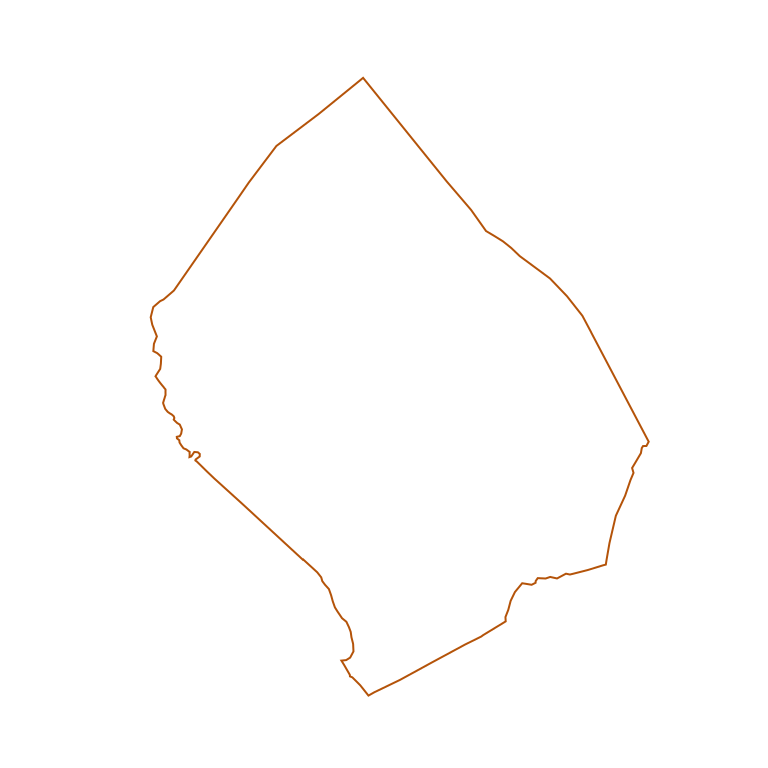 outline of Basundah, Gedarif, Sudan, rotated 58°
{"feature_id": "16777658B35788536409023", "entity_name": "Basundah", "entity_type": "district", "adm_level": 2, "iso_a3": "SDN", "parent_name": "Sudan", "parent_adm1": "Gedarif", "projection": "orthographic", "projection_center": [35.854, 12.928], "detail": "fine", "context": "isolated", "style": "outline", "palette": "amber", "viewbox_px": 768, "rotation_deg": 58, "n_neighbors": 0, "source": "geoboundaries", "source_scale": "gbopen_adm2", "svg_char_len": 2325}
<svg xmlns="http://www.w3.org/2000/svg" viewBox="0 0 768 768"><g transform="rotate(58 384 384)"><path d="M293.0,582.2L295.4,581.2L296.5,580.6L297.5,580.1L300.0,579.4L301.7,579.8L302.8,581.2L304.2,580.9L307.4,580.1L310.2,578.7L313.0,579.1L315.4,579.4L318.6,582.3L320.0,584.8L319.0,587.7L320.4,588.4L323.2,587.4L325.3,588.4L328.5,588.4L332.3,588.1L334.8,586.3L338.7,584.8L339.7,585.6L341.5,586.6L342.9,587.7L343.3,585.9L341.1,580.9L343.3,578.0L345.7,577.3L347.8,578.7L348.2,583.8L348.9,584.5L350.6,583.8L364.4,580.5L374.2,578.0L411.2,567.5L437.9,560.2L490.1,545.9L490.0,545.5L508.3,540.4L514.7,539.7L518.5,540.8L523.1,540.4L528.7,539.4L535.1,540.8L541.1,542.6L547.4,544.0L552.3,544.0L560.4,543.7L565.7,541.9L571.7,542.6L576.6,543.6L581.5,545.8L587.1,547.6L588.2,548.0L594.6,551.6L598.1,557.7L598.1,562.4L596.0,566.7L600.9,566.7L612.5,567.1L613.9,567.8L616.0,566.3L622.9,564.7L626.9,563.8L640.0,562.3L640.3,555.5L643.4,527.3L645.5,491.3L647.9,453.4L649.7,435.3L649.5,433.0L649.8,406.6L646.0,404.5L641.4,398.3L635.0,391.5L629.8,383.2L626.2,372.4L628.7,369.5L632.5,365.2L632.9,360.8L631.5,359.8L630.1,356.5L634.6,350.0L635.7,345.3L640.6,340.3L641.3,330.2L644.1,327.3L645.2,324.0L648.3,314.3L649.7,309.9L653.9,294.1L654.7,291.6L650.9,288.3L638.4,277.1L618.6,257.2L606.5,238.7L596.1,225.9L591.6,219.5L586.7,218.1L584.0,212.8L578.8,202.8L574.9,199.3L573.9,197.2L575.6,194.3L573.2,190.1L450.3,181.0L449.8,180.9L431.3,179.6L406.5,182.3L382.5,187.3L347.5,201.1L336.1,204.0L326.1,207.5L316.7,212.1L308.4,216.4L282.5,217.9L245.3,223.5L113.3,239.5L120.4,296.3L125.1,349.1L141.5,391.9L148.1,407.1L193.4,512.6L195.5,526.2L195.1,530.0L196.5,538.9L203.8,546.5L210.9,549.1L223.3,551.4L228.0,557.8L233.9,562.2L237.6,560.0L239.2,559.5L242.8,558.5L243.1,558.7L243.3,558.8L248.6,562.5L252.6,565.8L255.8,572.6L256.4,573.7L257.4,573.6L259.2,573.6L260.8,573.5L261.6,573.5L262.1,573.4L262.8,573.4L263.3,573.3L263.8,573.3L267.2,572.9L270.0,572.5L270.3,572.5L270.6,572.5L272.1,572.3L272.5,572.2L272.9,572.2L273.2,572.4L273.6,572.6L274.0,572.9L274.6,573.3L276.4,574.4L276.9,574.7L277.7,575.2L277.8,575.4L278.0,575.6L278.2,575.9L278.8,576.6L279.8,577.7L281.2,579.4L281.7,579.9L282.4,580.7L282.5,580.9L282.8,581.2L283.1,581.4L283.8,581.6L284.1,581.7L288.6,582.6L289.2,582.7L289.3,582.7L293.0,582.2Z" fill="none" stroke="#b45309" stroke-width="2"/></g></svg>